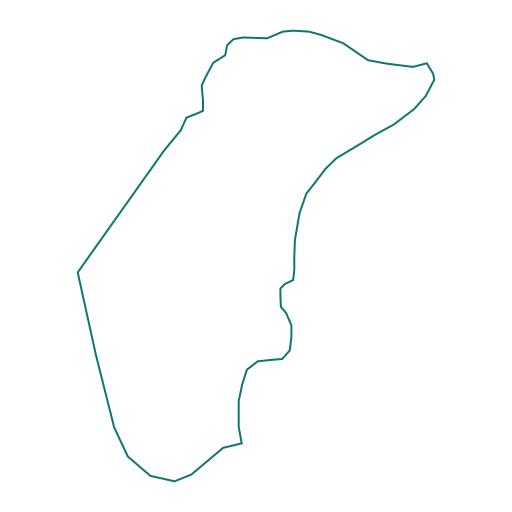 the border of Ohrid
{"feature_id": "MKD-2898", "entity_name": "Ohrid", "entity_type": "Statistical Region", "adm_level": 1, "iso_a3": "MKD", "parent_name": "North Macedonia", "parent_adm1": "", "projection": "albers", "projection_center": [20.864, 41.072], "detail": "fine", "context": "isolated", "style": "outline", "palette": "teal", "viewbox_px": 512, "rotation_deg": 0, "n_neighbors": 0, "source": "natural_earth", "source_scale": "10m", "svg_char_len": 921}
<svg xmlns="http://www.w3.org/2000/svg" viewBox="0 0 512 512"><path d="M174.5,481.3L150.5,475.9L140.6,467.5L127.9,456.6L114.2,427.5L95.9,354.9L77.7,272.4L164.2,150.4L180.8,130.2L186.5,117.6L197.3,113.4L203.0,110.8L203.0,100.7L201.7,85.5L205.6,77.1L213.2,62.8L225.2,55.2L227.2,45.1L233.5,39.2L243.0,37.5L267.1,38.3L282.9,31.6L293.1,30.7L308.9,31.6L321.0,34.9L343.3,43.3L368.0,60.2L386.4,63.6L413.0,66.9L426.8,63.3L433.1,73.7L434.3,79.7L425.7,96.0L414.2,109.0L394.0,124.4L374.5,135.1L358.3,145.1L336.4,158.2L325.4,168.9L315.6,181.9L306.4,193.5L299.5,213.3L294.9,240.2L294.3,257.0L294.3,270.1L293.1,280.1L285.1,283.9L280.4,288.5L280.4,295.4L280.9,306.9L286.1,313.0L291.4,325.3L291.4,336.8L289.7,350.6L282.1,359.0L272.3,359.8L257.8,361.3L246.9,369.7L242.2,384.3L238.7,401.1L238.7,415.7L238.7,427.2L240.2,435.0L241.6,443.0L241.7,443.3L223.0,447.9L191.3,474.6L174.5,481.3Z" fill="none" stroke="#0f766e" stroke-width="2"/></svg>